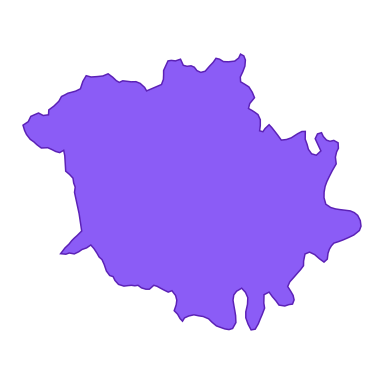 outline of Vargem, Santa Catarina, Brazil
{"feature_id": "56859067B53689598872527", "entity_name": "Vargem", "entity_type": "district", "adm_level": 2, "iso_a3": "BRA", "parent_name": "Brazil", "parent_adm1": "Santa Catarina", "projection": "equal_earth", "projection_center": [-50.941, -27.469], "detail": "fine", "context": "isolated", "style": "filled", "palette": "violet", "viewbox_px": 384, "rotation_deg": 0, "n_neighbors": 0, "source": "geoboundaries", "source_scale": "gbopen_adm2", "svg_char_len": 3067}
<svg xmlns="http://www.w3.org/2000/svg" viewBox="0 0 384 384"><path d="M182.5,321.2L184.5,317.9L188.7,316.0L193.9,314.8L198.7,315.8L203.2,316.5L208.6,318.8L212.2,322.4L216.4,325.9L220.8,327.5L224.8,328.9L229.0,329.6L232.6,328.5L235.9,322.6L235.6,315.6L234.8,310.7L233.8,305.1L233.0,300.1L233.8,294.9L236.6,291.2L241.7,288.2L245.5,292.4L247.8,297.7L247.5,304.3L245.8,311.8L245.8,317.8L248.1,324.2L251.1,329.9L255.2,329.2L258.3,323.8L260.3,318.8L262.2,314.4L264.6,308.1L263.8,303.1L264.0,294.7L269.1,292.1L272.3,296.6L275.9,300.8L279.0,305.1L284.8,306.0L288.9,304.6L292.5,304.1L294.1,299.9L293.1,295.4L290.8,291.4L287.7,286.5L289.8,281.8L294.2,276.9L297.4,273.2L300.6,269.6L303.5,265.7L303.6,261.0L305.0,254.0L309.5,252.1L314.7,254.6L319.5,258.8L324.0,262.1L327.3,259.1L328.0,253.3L329.4,249.2L331.4,245.8L333.9,243.1L338.9,241.5L343.1,239.9L348.6,237.5L353.8,235.0L356.6,232.8L359.4,230.5L361.0,226.2L360.3,220.6L357.7,215.4L354.3,212.6L350.3,210.9L345.7,210.3L339.9,209.6L335.4,208.9L330.7,207.5L325.8,204.2L324.0,197.7L324.1,192.2L325.1,186.4L326.9,181.5L329.3,176.5L332.3,170.6L336.2,163.9L335.4,157.1L336.6,151.9L338.4,148.3L338.1,142.8L333.8,140.4L330.0,141.3L326.5,140.1L323.3,136.5L321.5,132.7L317.5,133.9L315.2,138.7L318.5,145.8L320.9,150.9L316.3,155.2L311.6,153.8L308.4,149.3L307.1,144.4L305.2,139.2L305.3,131.4L301.9,131.5L297.5,133.8L291.3,137.8L286.5,139.5L281.3,140.1L277.6,135.0L274.5,131.0L271.9,127.7L269.1,124.7L265.1,128.5L262.9,131.7L259.6,130.8L260.3,125.4L260.3,119.7L258.0,114.6L254.7,112.2L251.9,110.4L248.5,108.5L249.7,103.6L254.5,97.7L252.3,92.3L248.9,86.9L244.5,84.1L240.6,81.8L240.3,77.0L242.8,71.7L244.9,66.1L245.4,60.0L243.8,55.9L240.5,54.1L238.7,58.0L234.7,61.1L228.4,61.8L223.4,61.6L219.6,59.2L216.0,58.3L213.2,62.3L209.6,66.1L205.2,71.2L200.8,72.4L196.9,70.6L194.3,67.2L191.1,65.8L187.0,66.3L183.3,65.3L180.5,59.2L175.5,60.9L171.3,60.4L168.0,60.9L165.6,66.1L163.6,70.5L163.6,74.9L163.4,79.4L161.5,84.5L146.6,90.9L144.6,87.4L140.2,83.4L136.0,81.7L131.1,81.8L127.0,81.3L122.7,80.8L119.3,82.4L116.2,80.6L112.8,77.3L108.1,73.8L102.8,76.0L96.9,76.6L91.1,77.0L86.2,75.7L82.9,81.3L80.4,88.8L75.7,91.1L71.4,92.3L67.9,93.2L64.6,95.0L61.5,96.5L58.8,101.3L53.9,106.1L48.8,109.9L48.5,114.8L43.2,115.5L38.5,113.0L34.3,114.8L30.8,116.4L28.2,121.7L23.0,125.2L24.6,130.5L26.5,134.5L30.2,139.3L33.9,141.9L36.9,144.7L41.3,148.0L47.8,147.7L51.8,149.5L55.7,151.5L59.7,152.6L63.7,150.3L64.8,155.9L65.7,171.2L69.6,174.5L73.0,178.2L73.7,183.1L75.2,187.1L74.5,192.3L79.1,213.6L81.7,231.0L77.1,235.6L74.4,238.0L71.7,240.7L69.0,244.1L65.0,247.9L60.6,253.7L65.9,254.2L69.2,253.0L74.3,253.9L78.7,251.8L82.0,249.5L86.6,247.9L90.8,245.0L93.9,248.5L97.1,253.4L99.1,257.0L102.0,259.6L104.2,264.5L106.4,271.0L109.7,275.5L113.1,276.6L115.0,280.5L118.5,284.4L123.9,286.1L128.0,285.6L131.5,285.3L134.8,285.8L138.0,285.3L141.5,287.9L145.9,289.2L149.4,289.2L153.8,285.3L157.1,286.3L160.7,288.3L164.1,290.1L168.2,292.1L171.9,290.7L175.6,295.5L176.8,300.1L176.2,304.8L174.2,310.7L177.6,314.2L180.1,318.6L182.5,321.2Z" fill="#8b5cf6" stroke="#5b21b6" stroke-width="1.5"/></svg>